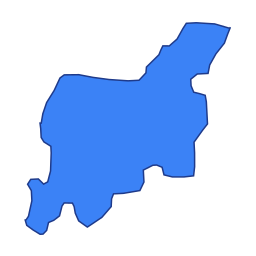 Želino, Natural Earth projection, rotated 267°
{"feature_id": "MKD-2918", "entity_name": "Želino", "entity_type": "Statistical Region", "adm_level": 1, "iso_a3": "MKD", "parent_name": "North Macedonia", "parent_adm1": "", "projection": "natural_earth1", "projection_center": [21.115, 41.912], "detail": "fine", "context": "isolated", "style": "filled", "palette": "blue", "viewbox_px": 256, "rotation_deg": 267, "n_neighbors": 0, "source": "natural_earth", "source_scale": "10m", "svg_char_len": 1197}
<svg xmlns="http://www.w3.org/2000/svg" viewBox="0 0 256 256"><g transform="rotate(267 128 128)"><path d="M73.2,141.1L64.9,136.6L63.0,120.0L63.0,110.1L58.2,107.9L50.4,107.1L40.2,97.3L34.3,87.5L31.3,82.4L31.2,82.2L37.8,73.9L45.7,70.9L52.3,70.1L55.9,68.6L56.5,60.3L53.5,58.0L43.8,55.0L39.7,49.0L37.8,43.7L30.0,41.4L26.5,37.6L26.5,34.6L31.2,27.8L36.1,21.8L41.5,20.5L41.7,21.5L45.1,24.0L60.4,28.2L70.5,28.2L77.1,24.8L81.8,28.2L81.8,35.8L76.4,40.8L78.4,45.0L89.1,48.4L107.1,50.0L113.8,50.0L118.5,43.3L123.1,40.8L131.9,40.8L137.5,40.4L137.4,41.6L146.7,43.7L157.7,48.1L169.3,56.2L181.5,62.7L184.4,67.1L183.8,81.7L180.4,95.6L177.4,111.6L175.1,130.6L175.1,141.5L182.1,148.8L187.9,149.6L199.5,162.7L204.2,164.9L208.2,167.1L207.8,173.5L214.3,181.7L224.5,188.1L229.5,191.7L229.5,201.7L227.4,220.0L222.3,234.6L223.2,235.5L216.7,232.5L207.7,228.7L197.5,219.7L186.7,212.9L178.3,210.8L178.3,200.0L173.4,193.2L166.9,193.2L160.3,195.5L158.5,201.5L156.6,206.8L150.1,207.6L138.1,207.6L127.9,207.6L121.8,202.3L110.4,193.2L99.7,193.2L85.8,192.5L76.8,191.0L76.2,181.1L76.8,169.8L79.3,161.5L87.0,160.0L89.5,154.7L89.5,150.9L85.2,141.1L79.8,141.1L73.2,141.1Z" fill="#3b82f6" stroke="#1e3a8a" stroke-width="1.5"/></g></svg>